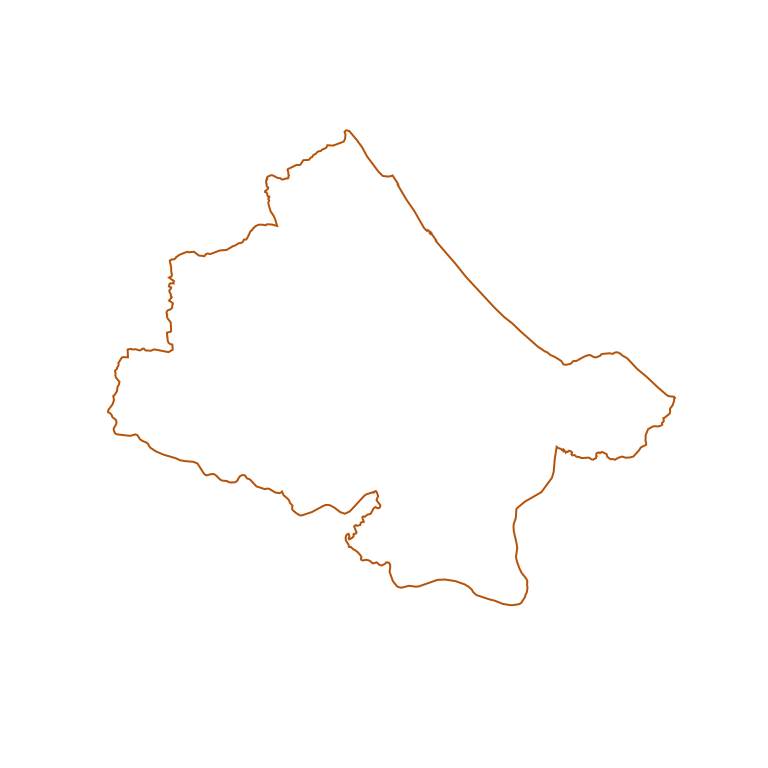 the district of San Juan De Urabá, Antioquia, Colombia, rotated 71°
{"feature_id": "7082276B41471862384078", "entity_name": "San Juan De Urabá", "entity_type": "district", "adm_level": 2, "iso_a3": "COL", "parent_name": "Colombia", "parent_adm1": "Antioquia", "projection": "orthographic", "projection_center": [-76.53, 8.711], "detail": "fine", "context": "isolated", "style": "outline", "palette": "amber", "viewbox_px": 768, "rotation_deg": 71, "n_neighbors": 0, "source": "geoboundaries", "source_scale": "gbopen_adm2", "svg_char_len": 6165}
<svg xmlns="http://www.w3.org/2000/svg" viewBox="0 0 768 768"><g transform="rotate(71 384 384)"><path d="M295.9,633.4L298.5,635.1L300.0,636.9L304.1,639.0L306.9,642.7L307.2,643.9L311.2,644.5L314.8,647.2L318.7,653.0L320.7,654.1L322.4,652.5L324.6,651.6L326.9,651.6L330.7,649.2L333.1,649.3L335.1,650.7L338.2,654.2L340.5,654.6L342.8,654.4L344.6,653.0L349.7,642.4L350.5,640.2L350.7,635.5L352.2,633.8L356.8,632.7L358.8,631.3L361.8,628.0L363.6,626.6L365.9,626.4L368.1,625.7L373.6,621.5L379.2,615.2L386.5,604.9L389.7,601.6L392.1,597.3L395.5,589.6L398.5,586.2L410.3,583.4L412.6,581.8L413.0,576.3L413.8,574.2L416.1,572.4L420.9,570.1L422.5,568.7L424.7,563.9L426.2,563.0L427.3,560.7L428.4,557.1L428.0,554.7L425.0,551.3L424.1,549.6L424.0,547.3L425.2,545.2L428.6,544.3L430.5,541.9L439.3,537.9L444.7,530.8L444.8,528.6L445.6,526.8L451.3,522.0L453.1,518.5L453.1,516.7L452.5,515.5L456.6,515.1L460.9,512.5L463.3,511.6L465.6,511.7L469.2,510.1L471.8,511.5L473.6,511.4L478.0,508.7L480.9,506.2L481.5,504.4L481.6,493.9L479.5,481.1L479.4,478.7L480.1,476.3L481.3,474.3L484.8,471.1L490.9,467.1L493.9,463.3L493.4,458.4L492.5,456.2L483.3,439.1L482.6,436.7L482.7,429.7L483.1,429.7L483.3,428.7L482.4,427.3L482.8,426.4L484.5,426.0L488.3,426.1L489.6,427.5L491.6,428.9L497.5,426.9L499.3,428.1L499.7,429.5L499.4,430.5L497.6,432.0L498.2,434.3L502.5,439.0L502.1,442.1L503.3,445.3L502.6,446.3L502.6,447.6L503.5,448.0L507.7,448.0L507.4,449.2L507.6,451.1L509.6,452.4L509.3,455.7L508.4,456.3L508.4,457.9L509.1,458.6L515.5,458.3L516.3,459.3L515.8,461.3L516.3,461.9L517.7,462.0L518.9,463.6L519.6,466.6L519.4,467.6L518.1,467.6L517.0,466.3L514.1,466.3L514.1,467.7L515.1,469.2L517.1,470.5L519.6,471.0L523.8,469.9L526.8,470.1L527.3,468.4L530.4,466.8L531.9,465.2L535.3,463.2L539.0,461.8L540.5,461.7L541.7,462.8L542.9,462.7L543.9,461.6L544.5,457.9L545.4,456.4L546.7,454.9L549.8,453.1L550.2,452.4L550.2,449.1L553.4,447.2L554.5,446.0L554.8,445.2L554.4,441.7L553.3,439.8L554.7,437.4L557.1,437.1L559.3,437.8L563.5,439.9L573.2,439.8L579.7,437.5L581.2,435.7L582.3,433.7L582.9,426.2L586.1,419.7L586.7,416.8L586.6,397.2L588.7,390.1L593.6,380.7L599.6,373.1L603.1,370.1L607.1,367.8L609.4,367.6L613.6,365.4L622.2,354.1L624.7,350.1L630.7,343.1L634.2,336.6L635.0,334.4L636.2,327.7L635.6,325.5L631.2,319.9L629.1,318.7L627.7,316.9L623.5,314.7L621.2,314.3L616.7,312.6L614.4,312.9L607.2,315.4L602.4,316.0L595.2,316.1L590.6,315.6L582.4,311.4L577.4,310.5L565.4,309.2L560.8,307.9L558.5,306.8L553.6,303.0L545.7,299.7L544.7,298.6L541.1,289.1L537.5,270.4L527.3,255.7L522.2,252.1L511.0,247.2L499.6,241.2L501.3,240.1L502.8,238.0L504.4,237.2L504.0,235.8L505.1,235.3L506.1,236.1L506.8,234.6L508.0,234.5L507.4,233.4L508.1,232.6L507.3,230.8L508.6,229.1L509.5,228.9L509.9,228.4L511.6,229.7L512.8,229.1L513.2,227.0L515.4,225.7L516.8,222.9L518.3,221.5L520.3,214.3L522.9,212.2L523.6,211.1L523.1,207.7L522.5,207.6L521.6,206.4L520.0,206.5L518.8,205.7L518.5,203.4L519.7,202.2L519.1,200.1L522.7,196.4L525.6,196.5L528.8,194.4L529.6,191.8L530.8,190.3L530.0,186.4L530.2,182.3L532.2,179.8L533.4,176.2L533.8,171.9L529.8,164.6L527.6,161.8L526.8,155.9L525.0,155.3L522.8,155.2L517.5,153.2L512.7,149.0L511.7,143.8L512.0,141.8L513.4,138.6L513.5,135.1L513.0,134.1L511.4,133.9L510.5,131.7L507.2,130.9L507.3,129.8L505.1,123.8L504.5,123.1L503.0,122.3L500.6,121.7L497.9,117.9L494.2,115.1L492.4,114.5L491.9,113.4L490.4,114.1L488.2,118.8L486.5,120.3L476.3,126.2L462.6,133.4L452.4,139.6L439.0,145.6L434.0,149.9L432.7,150.3L430.2,152.7L429.6,154.2L429.5,156.1L430.0,157.8L428.3,161.0L426.7,167.6L426.8,169.1L427.7,170.4L427.9,175.0L427.0,176.7L423.9,179.5L423.2,181.7L423.3,185.8L424.9,195.0L424.1,196.6L424.1,198.0L425.4,200.2L425.6,201.5L425.1,205.7L423.9,208.0L420.4,208.7L418.9,209.7L413.8,213.9L410.8,217.2L407.5,219.1L405.4,221.4L398.6,226.5L378.4,237.9L368.4,243.0L360.1,248.4L348.2,254.5L309.2,271.7L292.7,277.6L264.9,288.8L265.3,288.5L265.1,287.9L257.8,290.1L256.9,290.0L257.3,291.2L256.0,291.7L255.5,290.6L252.7,292.5L253.3,293.5L249.7,295.3L230.5,299.0L216.8,302.8L200.3,306.2L200.2,305.6L199.3,305.6L189.6,308.0L189.7,310.2L189.1,312.9L186.9,317.4L181.8,320.0L163.4,325.9L153.2,327.6L144.6,330.2L133.5,334.5L131.8,337.1L132.7,339.2L135.6,339.2L139.5,341.0L141.7,343.2L142.0,354.5L139.8,359.9L141.6,361.4L142.0,362.7L142.2,365.9L143.0,367.8L142.7,371.0L144.3,374.0L144.4,376.0L146.0,378.1L146.1,379.7L147.5,381.7L147.4,383.1L146.1,387.4L149.1,391.2L149.5,392.4L148.4,395.3L149.5,404.9L150.1,405.5L152.6,405.5L154.8,406.2L156.0,406.0L156.7,406.8L158.0,407.3L158.3,408.1L157.9,408.8L157.7,413.4L156.8,414.5L155.9,414.7L154.6,417.4L150.5,421.3L150.0,422.5L149.8,424.2L150.2,426.8L151.1,427.6L151.8,427.6L152.1,428.3L152.8,428.2L153.1,429.0L153.8,429.4L155.8,430.0L156.8,429.8L157.4,430.3L159.4,430.4L160.5,429.5L161.7,430.2L163.1,433.9L163.7,434.0L164.7,432.7L168.9,432.7L169.4,431.5L169.8,431.4L171.4,433.2L173.2,432.8L174.5,434.2L176.4,434.7L183.8,435.0L189.1,433.6L192.5,433.3L199.8,433.6L196.9,437.7L194.9,442.5L195.4,444.3L193.7,447.3L192.6,450.6L192.9,454.0L194.8,458.1L195.5,458.4L196.1,460.6L199.8,464.0L202.5,467.1L201.9,469.6L203.4,470.8L204.1,472.8L203.6,475.7L204.6,479.6L204.5,481.8L206.0,489.3L204.3,495.7L204.6,505.9L203.2,508.2L203.3,510.2L204.7,512.1L202.2,517.3L197.1,520.6L195.8,526.1L194.9,526.9L195.2,535.1L196.4,539.3L197.2,540.1L197.8,542.0L197.1,544.2L197.6,546.4L204.1,547.2L208.9,548.7L211.2,548.8L213.0,549.8L213.4,552.6L218.3,549.1L219.5,550.1L220.4,550.2L219.3,552.9L219.5,554.1L221.7,555.6L223.4,553.8L224.6,554.6L225.5,556.4L227.0,556.9L229.7,556.3L230.5,556.8L232.2,556.8L232.8,556.4L235.2,560.1L237.7,558.1L239.1,557.4L239.8,557.7L240.5,558.5L243.0,559.5L243.9,561.6L244.0,564.4L244.7,565.7L246.3,566.6L248.0,566.4L249.1,567.2L251.7,567.2L256.3,565.6L264.7,568.1L265.1,568.9L264.8,572.5L266.1,572.9L272.9,574.4L274.8,574.3L276.6,573.2L277.8,571.3L282.8,572.6L283.7,577.4L276.7,589.5L276.4,591.0L276.7,593.4L274.7,598.4L272.3,599.7L272.0,600.9L272.8,603.0L272.5,604.5L270.3,607.4L269.4,610.8L268.3,612.0L268.0,615.2L275.4,617.4L273.6,622.3L273.7,623.4L277.9,628.5L279.3,628.6L280.4,629.4L281.6,631.0L282.5,631.3L284.0,634.1L286.3,634.2L288.0,635.1L290.6,635.4L295.9,633.4Z" fill="none" stroke="#b45309" stroke-width="2"/></g></svg>